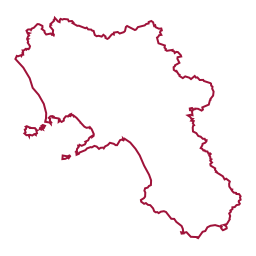 outline of Campania, Salerno, Italy
{"feature_id": "23120603B14973764900567", "entity_name": "Campania", "entity_type": "district", "adm_level": 2, "iso_a3": "ITA", "parent_name": "Italy", "parent_adm1": "Salerno", "projection": "orthographic", "projection_center": [14.61, 40.749], "detail": "fine", "context": "isolated", "style": "outline", "palette": "rose", "viewbox_px": 256, "rotation_deg": 0, "n_neighbors": 0, "source": "geoboundaries", "source_scale": "gbopen_adm2", "svg_char_len": 5707}
<svg xmlns="http://www.w3.org/2000/svg" viewBox="0 0 256 256"><path d="M15.4,59.0L23.3,67.6L29.7,78.3L32.7,87.9L38.7,94.9L43.8,103.9L46.2,113.1L46.0,118.5L45.3,120.9L44.8,120.6L45.7,121.2L45.3,121.4L45.2,121.8L49.5,122.5L50.8,123.9L50.7,122.5L49.5,122.1L50.9,122.1L49.9,120.7L50.0,118.9L48.8,117.9L50.4,116.3L52.5,116.1L53.9,116.7L54.1,117.2L53.4,117.6L58.8,118.5L59.2,119.0L58.5,119.5L59.2,119.1L59.6,119.8L59.2,120.0L59.8,119.7L60.0,120.4L59.4,121.1L58.8,120.7L58.7,121.8L60.1,120.8L61.6,121.9L63.8,120.6L63.8,118.9L65.8,116.3L67.7,116.2L68.5,116.9L68.2,116.5L69.0,115.7L71.3,116.4L68.7,115.5L69.7,115.4L69.3,115.0L70.1,114.3L70.5,114.3L70.2,115.0L70.9,114.5L70.8,115.2L71.1,114.3L71.5,114.5L71.2,115.0L72.9,115.1L73.7,116.3L74.0,115.9L76.5,117.8L80.4,122.2L80.5,123.0L80.6,123.3L80.6,122.6L84.4,126.7L86.5,127.8L89.0,127.4L90.4,128.9L89.8,128.2L90.1,127.4L91.7,129.3L93.8,134.1L93.6,135.9L92.7,136.6L93.0,135.4L90.3,137.1L89.2,138.0L88.2,140.3L85.3,141.7L85.9,142.5L85.0,144.3L81.7,145.8L79.5,144.8L79.0,146.0L78.2,145.8L78.5,147.2L77.1,148.8L76.8,150.8L76.1,151.6L76.8,151.8L76.3,152.7L76.5,154.4L77.9,153.2L78.4,153.3L78.0,154.2L78.8,153.9L79.6,152.5L85.5,150.1L87.0,148.4L90.6,147.1L91.8,147.4L94.4,145.9L96.7,146.6L99.0,148.9L100.6,147.8L103.6,147.6L103.9,148.2L105.2,146.3L107.7,145.1L109.9,142.8L113.8,143.8L115.6,145.1L117.1,145.1L120.0,140.2L121.7,139.6L123.1,140.2L122.2,139.5L123.0,138.8L123.3,139.2L123.2,138.6L124.0,139.4L122.8,140.7L123.5,140.4L124.1,139.4L123.7,139.0L124.4,138.6L130.2,142.5L135.5,148.8L139.7,155.4L144.1,165.6L149.1,174.8L151.1,180.4L150.9,185.1L149.0,186.0L149.3,185.5L147.7,187.6L145.1,188.3L144.4,190.7L145.3,192.5L145.1,196.6L143.9,198.2L140.9,200.0L141.2,201.7L144.1,203.8L145.9,203.1L147.9,204.8L150.3,205.2L153.1,208.4L154.2,211.3L155.7,212.3L157.3,212.1L158.7,213.1L160.8,211.7L163.9,211.2L166.0,212.0L171.3,218.8L174.2,218.9L176.3,221.9L181.6,226.0L182.8,228.8L183.2,231.7L182.4,232.5L181.2,232.3L181.6,233.6L183.9,233.4L184.3,232.6L186.5,232.2L190.8,236.8L197.5,237.1L197.3,237.7L198.1,238.1L202.6,231.8L205.3,231.0L207.4,227.3L210.4,225.8L215.1,225.1L220.1,226.5L221.0,225.7L221.8,226.5L221.1,228.0L221.8,229.1L222.9,230.2L224.6,229.5L226.7,228.4L226.6,227.1L225.8,225.8L223.9,224.9L226.8,224.1L229.8,219.2L229.5,218.5L230.2,216.0L229.2,213.4L230.9,211.7L230.4,210.5L232.4,209.2L232.4,207.3L234.7,207.1L236.5,205.1L239.1,204.6L239.8,203.7L238.7,201.8L238.9,200.8L240.6,199.7L240.0,197.3L240.6,196.3L239.1,194.1L236.4,194.0L236.1,192.9L233.7,192.6L231.8,190.5L232.2,189.5L231.1,189.2L229.3,186.6L229.1,183.8L229.8,181.5L226.2,178.7L224.6,179.4L222.9,176.3L216.1,172.1L216.6,171.7L215.0,169.8L215.2,168.4L210.6,165.6L210.3,164.0L212.0,162.5L210.3,160.7L211.4,159.3L210.3,158.8L210.3,157.0L209.3,155.6L210.7,154.0L210.0,153.3L208.5,153.7L207.4,151.5L205.3,151.3L204.6,150.3L203.4,150.5L202.3,148.9L200.7,148.1L202.3,145.4L202.6,143.8L205.1,142.8L206.4,141.4L206.6,140.2L205.3,140.1L204.7,138.8L202.8,138.8L200.7,136.7L198.3,136.0L196.3,133.1L193.0,131.5L192.7,127.6L193.2,125.7L194.1,125.2L192.8,123.3L193.7,121.1L191.3,120.7L192.8,118.9L191.3,118.7L190.4,117.1L187.8,115.4L190.6,114.8L192.5,115.2L192.0,111.6L192.6,110.6L190.0,110.2L189.8,108.5L192.1,108.0L193.6,109.5L195.0,109.2L195.2,108.6L198.1,108.8L201.6,110.6L202.9,109.6L202.3,107.4L208.8,104.6L209.9,100.3L210.6,99.8L210.4,99.0L213.1,95.6L213.6,91.6L212.2,88.7L212.5,86.7L211.2,85.6L211.0,83.6L210.3,83.1L203.9,81.0L203.2,79.9L199.7,80.0L197.4,77.4L195.9,77.6L194.7,76.0L191.0,79.1L189.3,77.7L185.2,76.4L182.8,78.1L179.5,76.0L179.6,74.8L178.7,74.5L176.6,71.1L176.2,71.5L173.8,69.9L173.6,67.2L174.9,66.2L175.0,65.3L179.4,62.8L177.4,58.8L177.6,57.2L181.2,56.5L180.8,55.2L177.9,52.1L176.4,51.9L174.7,53.0L174.2,51.4L172.5,50.9L172.6,49.9L166.9,50.8L165.5,49.9L165.9,49.0L164.5,47.6L164.9,45.5L158.5,43.3L157.0,37.6L158.3,36.7L159.1,35.2L161.3,34.9L160.0,32.4L160.6,30.9L161.8,30.4L161.5,29.2L161.3,28.5L158.9,28.7L155.6,27.2L155.2,25.3L154.1,25.9L153.1,22.3L151.3,21.0L148.7,22.0L148.6,23.5L146.2,24.0L144.7,25.4L137.9,27.1L136.1,29.5L134.9,30.0L127.1,26.0L125.9,27.0L125.0,31.0L123.7,32.2L119.7,33.5L117.7,32.0L113.9,32.6L113.8,34.5L112.7,34.0L111.7,34.5L108.6,38.2L107.3,38.9L105.4,37.8L105.5,36.5L103.4,34.8L101.7,36.6L98.6,35.8L96.6,36.2L94.8,35.0L93.6,30.9L92.3,30.7L91.2,29.6L88.2,29.4L86.7,27.6L85.3,28.2L78.9,25.7L77.2,25.8L72.6,23.1L73.4,22.5L72.0,21.0L68.8,21.3L67.9,19.4L63.9,19.0L62.4,19.6L60.6,18.9L59.9,19.8L59.6,22.1L58.1,21.5L54.8,17.9L54.5,19.4L53.7,20.1L54.0,20.9L50.5,24.0L51.1,24.9L50.3,25.2L50.1,26.6L53.1,30.2L52.8,33.0L53.9,34.8L53.7,35.4L52.8,34.6L52.0,34.9L50.8,33.5L46.2,34.5L44.6,32.5L44.5,31.0L41.7,28.9L42.5,27.7L42.4,25.9L39.0,24.2L37.4,24.1L33.8,27.8L31.9,28.5L31.0,30.0L30.6,29.4L28.0,29.5L26.5,30.7L27.3,32.6L29.4,33.2L28.0,33.9L29.1,35.6L28.1,36.3L27.2,38.7L28.2,39.0L27.4,39.5L28.2,41.8L27.7,42.7L30.0,46.2L29.4,48.2L28.6,49.2L27.1,48.8L26.3,49.7L25.6,49.0L23.5,50.6L22.7,50.5L23.0,51.6L22.5,52.7L23.9,53.2L23.0,53.2L23.2,54.7L22.2,54.7L21.4,56.0L21.0,55.2L18.0,56.3L16.8,55.9L15.4,59.0ZM26.8,126.2L25.7,126.7L26.4,127.5L25.9,129.1L24.8,129.6L25.6,132.5L24.4,133.4L26.4,135.2L28.5,135.0L29.1,136.2L29.2,135.2L29.8,134.8L32.3,135.5L34.3,134.1L35.8,135.0L35.8,133.8L37.0,133.3L36.4,130.9L37.2,130.4L36.2,130.2L35.9,129.1L34.7,128.3L34.1,128.6L34.4,128.4L34.5,128.1L30.7,128.0L31.2,127.4L30.3,127.8L26.8,126.2ZM69.5,155.5L67.4,156.3L62.7,155.5L62.4,159.1L65.4,158.8L67.7,157.6L68.6,158.3L70.1,156.2L69.5,155.5ZM42.8,125.0L41.4,126.0L42.0,126.5L41.1,128.2L40.3,128.0L39.8,128.9L40.6,129.3L40.4,128.3L41.3,128.6L41.5,128.0L42.0,129.0L42.8,129.4L42.3,128.1L43.6,127.9L43.1,126.9L44.0,126.2L44.5,126.7L45.0,125.8L42.8,125.0Z" fill="none" stroke="#9f1239" stroke-width="2"/></svg>